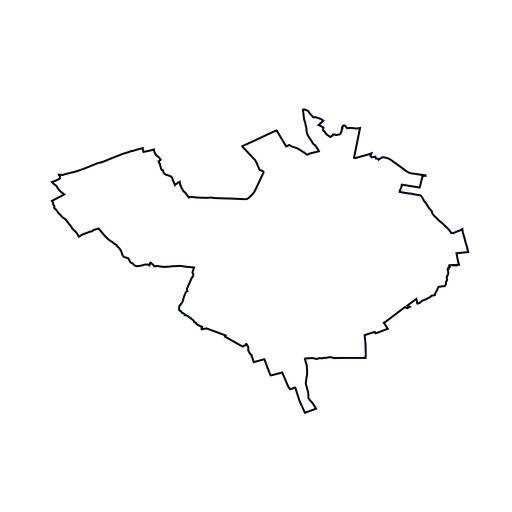 the district of Vaslui, Vaslui, Romania, rotated 186°
{"feature_id": "2599482B13653290667893", "entity_name": "Vaslui", "entity_type": "district", "adm_level": 2, "iso_a3": "ROU", "parent_name": "Romania", "parent_adm1": "Vaslui", "projection": "equal_earth", "projection_center": [27.742, 46.653], "detail": "fine", "context": "isolated", "style": "outline", "palette": "ink", "viewbox_px": 512, "rotation_deg": 186, "n_neighbors": 0, "source": "geoboundaries", "source_scale": "gbopen_adm2", "svg_char_len": 6066}
<svg xmlns="http://www.w3.org/2000/svg" viewBox="0 0 512 512"><g transform="rotate(186 256 256)"><path d="M219.2,387.3L218.3,383.8L217.4,382.0L215.2,379.0L212.7,376.1L211.9,374.8L210.5,373.3L209.1,372.5L208.0,371.6L205.8,368.8L204.4,366.7L212.6,363.8L215.4,362.2L216.6,362.3L218.8,364.0L219.6,364.0L220.6,364.7L225.0,366.9L226.9,367.6L232.1,368.7L234.5,369.9L237.4,368.1L248.6,383.0L251.9,381.3L269.2,370.8L281.1,363.8L280.9,363.3L266.7,351.1L264.9,348.4L263.2,345.1L261.4,342.0L259.6,341.7L257.7,340.8L257.3,340.3L257.2,339.8L264.2,319.9L265.9,317.2L269.3,313.0L271.2,311.6L273.7,311.3L285.5,310.6L297.3,309.7L303.6,309.3L306.9,309.4L312.2,308.5L313.7,308.5L317.0,308.2L322.2,307.9L323.1,308.1L328.1,307.8L328.8,307.1L332.1,310.5L332.4,311.1L334.1,312.4L334.7,312.6L337.1,315.8L337.8,317.0L338.2,318.1L338.6,318.4L339.0,319.3L339.6,321.9L341.6,320.5L343.6,318.6L344.0,318.0L346.7,322.9L347.7,325.2L348.8,326.1L351.1,326.9L354.3,327.5L355.9,328.5L356.7,329.3L357.5,331.5L358.6,331.7L359.1,332.4L359.5,332.7L361.1,337.0L361.1,337.5L361.5,337.8L362.8,339.9L360.8,341.8L363.9,344.8L365.2,345.4L366.2,346.2L367.8,348.6L368.5,350.3L368.7,351.3L371.0,350.3L375.0,348.9L376.2,348.6L378.7,347.7L379.8,350.1L379.9,351.4L384.7,349.7L389.8,347.5L390.8,347.4L392.1,346.8L392.6,346.4L399.1,343.7L409.3,338.4L417.0,334.2L420.3,332.6L420.8,332.7L423.5,331.6L436.8,324.5L444.7,320.9L455.3,317.1L456.4,316.4L460.6,316.3L460.2,315.6L459.5,315.1L459.1,313.8L459.0,312.6L461.6,310.9L463.9,309.5L465.7,308.8L466.7,308.3L464.7,306.5L462.3,305.2L460.9,303.8L460.4,302.8L459.3,301.6L457.4,300.0L456.0,298.9L453.1,297.2L464.7,289.5L464.2,289.0L462.8,285.9L461.7,284.1L461.6,282.7L461.4,282.4L459.5,281.0L456.8,277.9L454.8,276.4L453.0,274.6L449.7,272.8L448.9,272.1L446.8,270.0L445.7,268.7L443.6,266.7L442.7,265.8L442.2,264.9L441.3,263.8L437.2,260.7L434.1,256.7L430.9,259.2L429.6,259.9L425.5,261.8L424.7,262.4L421.8,263.4L421.1,264.1L419.9,265.0L416.4,266.5L415.4,266.8L412.7,264.4L409.8,261.4L405.4,257.7L403.2,256.2L400.7,255.0L397.6,253.1L396.0,252.4L394.9,251.0L392.8,249.5L390.7,247.0L390.1,245.5L389.7,244.9L389.3,243.7L388.9,243.0L388.1,241.9L387.0,241.2L382.8,240.4L380.1,236.5L378.4,235.9L375.1,233.6L373.3,233.4L370.7,234.0L367.3,235.1L366.3,235.7L364.7,236.0L362.6,236.2L361.0,235.5L360.7,237.9L360.0,238.4L356.5,235.8L355.9,235.1L355.4,235.1L353.3,235.8L349.4,235.5L346.9,235.6L345.8,235.5L343.7,236.0L341.4,236.3L338.9,236.9L330.0,238.3L324.6,238.0L316.4,238.1L317.5,233.1L317.3,232.6L316.9,232.2L316.4,230.7L316.4,230.1L316.7,229.0L317.6,227.6L317.8,226.8L318.4,225.7L318.3,225.3L319.4,221.7L319.5,221.7L319.9,220.8L320.6,218.1L321.1,217.0L321.3,216.3L320.9,214.7L321.0,214.3L320.6,213.8L321.6,213.3L322.1,212.3L323.4,207.9L324.3,202.7L326.2,199.3L326.8,198.6L327.2,196.9L326.7,194.1L326.2,193.6L325.4,193.6L324.9,193.3L323.8,191.9L322.5,191.5L321.1,190.8L320.9,190.3L320.9,189.9L320.5,189.6L319.7,189.8L318.9,189.7L314.7,187.5L312.3,185.9L311.7,185.7L310.9,184.6L310.7,183.9L310.3,183.7L308.6,183.2L308.5,182.8L308.0,182.0L303.1,180.0L302.7,180.2L302.1,179.9L302.6,177.7L302.4,177.4L297.5,178.8L278.6,174.0L277.9,173.7L278.4,172.5L259.7,164.5L259.4,165.0L258.7,165.4L257.5,165.9L256.7,167.3L256.6,167.5L256.3,167.5L254.2,164.8L254.0,164.3L254.1,163.0L253.8,161.5L253.5,160.6L253.0,159.9L251.2,157.7L249.8,156.8L249.8,155.7L248.7,153.8L247.2,150.2L236.9,154.2L234.4,149.3L233.1,146.5L229.2,139.0L229.0,138.8L226.4,139.6L217.8,142.9L210.4,129.7L208.4,127.2L207.9,127.1L207.0,127.4L204.3,128.9L203.4,129.3L203.2,129.2L197.6,116.5L191.0,105.2L180.3,110.4L183.1,114.1L184.7,115.9L187.7,118.6L189.0,120.2L189.5,124.3L190.3,126.9L193.2,134.5L193.1,139.7L192.8,143.8L193.3,148.2L194.3,153.1L195.5,155.8L196.6,159.0L195.6,159.4L189.8,160.3L187.8,160.4L186.5,160.0L184.4,160.0L182.9,160.9L181.7,161.1L180.0,161.0L178.3,161.7L174.7,162.2L173.7,162.8L171.4,163.1L170.0,163.1L167.6,162.6L161.7,163.4L136.4,166.1L136.5,168.7L137.8,179.5L139.7,188.7L130.0,192.9L128.8,191.6L117.3,197.4L121.9,203.0L119.8,204.5L102.5,220.8L100.3,219.9L97.8,221.5L100.3,222.5L92.1,230.1L90.9,226.8L90.8,225.9L90.5,225.5L88.4,226.4L87.2,227.5L86.9,228.0L86.5,228.3L86.3,228.7L81.9,231.0L80.4,232.2L78.8,233.1L78.2,233.6L77.7,234.5L76.3,235.2L74.4,235.6L73.9,236.0L73.7,238.2L72.2,241.1L72.1,241.8L71.9,242.8L71.3,244.3L69.6,244.7L68.4,245.2L65.4,245.7L64.8,246.2L64.5,246.7L64.2,248.1L64.3,250.3L63.7,251.2L63.4,252.0L64.0,254.1L64.0,255.6L63.6,256.6L63.3,257.0L63.0,258.4L63.0,259.3L63.2,260.2L64.0,262.6L63.6,264.0L63.0,263.8L63.1,264.8L62.2,265.3L62.9,266.5L62.7,267.1L57.8,267.4L58.4,267.7L53.1,268.5L54.4,271.4L54.9,273.0L56.9,279.7L45.3,282.1L46.3,284.5L46.9,286.6L49.4,292.4L50.6,295.8L52.3,299.8L53.3,302.9L53.6,304.4L55.5,302.9L59.2,301.1L60.2,300.4L62.5,299.3L64.1,299.2L66.5,301.9L68.4,303.6L74.8,308.5L77.7,310.3L81.0,313.1L83.4,314.9L84.4,316.0L85.1,316.9L85.9,318.9L86.3,319.4L89.1,321.8L91.7,325.4L94.4,328.1L96.9,331.7L98.5,333.4L98.9,333.5L105.9,333.9L107.3,334.2L111.4,334.2L119.8,334.7L119.9,335.0L119.7,336.1L118.5,340.3L118.4,340.9L118.6,341.4L118.5,342.2L100.5,341.2L100.1,342.6L99.2,349.7L98.6,352.2L99.0,352.9L99.3,353.2L97.2,353.4L95.8,353.4L95.8,353.9L109.7,354.4L111.3,354.6L113.3,355.1L114.9,355.9L132.5,366.0L134.9,366.9L138.6,367.5L140.5,367.4L141.0,367.2L143.9,364.8L144.0,365.4L147.1,365.5L147.6,367.3L151.2,366.2L152.6,367.4L151.9,370.2L154.5,368.9L166.1,364.3L167.8,363.7L168.8,363.9L165.9,394.2L169.0,393.3L175.4,393.3L176.7,392.9L177.7,393.0L178.7,392.6L180.8,394.6L181.5,395.1L182.5,395.0L183.2,394.5L183.2,393.7L183.7,393.4L183.9,392.8L183.8,392.2L183.5,392.0L183.4,391.7L184.0,390.5L184.1,389.9L183.9,388.6L184.9,386.2L185.8,385.6L189.1,384.6L189.4,384.6L190.0,385.0L191.8,384.9L192.2,384.7L192.6,383.7L194.5,382.2L194.8,382.1L196.5,383.3L197.7,383.8L199.4,385.2L200.8,386.9L202.4,387.9L202.6,388.3L202.3,390.7L204.6,391.8L207.4,392.8L203.2,397.6L206.0,399.1L211.1,400.3L213.4,399.9L216.5,402.5L219.5,405.8L220.4,406.1L223.4,406.8L224.5,406.6L224.6,406.4L222.5,397.1L221.1,393.8L219.8,389.9L219.0,387.4L219.2,387.3Z" fill="none" stroke="#020617" stroke-width="2"/></g></svg>